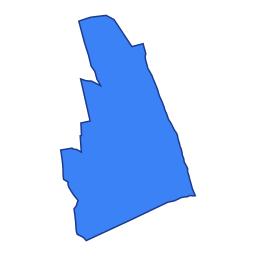 Bulaq Al-DakrUr, Al Jizah, Egypt
{"feature_id": "37247803B34210539192827", "entity_name": "Bulaq Al-DakrUr", "entity_type": "district", "adm_level": 2, "iso_a3": "EGY", "parent_name": "Egypt", "parent_adm1": "Al Jizah", "projection": "robinson", "projection_center": [31.19, 30.03], "detail": "fine", "context": "isolated", "style": "filled", "palette": "blue", "viewbox_px": 256, "rotation_deg": 0, "n_neighbors": 0, "source": "geoboundaries", "source_scale": "gbopen_adm2", "svg_char_len": 1801}
<svg xmlns="http://www.w3.org/2000/svg" viewBox="0 0 256 256"><path d="M143.1,43.7L136.5,45.4L131.9,46.6L123.0,33.2L121.6,31.0L114.0,19.6L106.2,15.4L101.6,15.9L99.9,16.1L93.4,16.9L91.8,17.1L90.0,17.4L86.4,18.6L84.6,19.2L82.5,19.9L78.8,21.2L84.4,42.3L85.2,44.8L86.0,47.4L86.6,49.3L87.2,51.1L88.6,55.4L89.7,60.1L91.2,66.2L94.9,71.5L95.5,73.7L96.1,76.0L96.9,79.1L98.1,81.1L100.6,85.7L91.5,81.1L86.2,80.8L80.6,78.9L90.1,121.0L80.9,123.0L81.5,135.5L80.2,135.8L81.3,152.2L76.8,149.5L73.3,149.1L72.1,148.1L69.9,148.5L66.4,149.1L60.7,150.0L61.5,155.2L62.3,160.8L62.5,162.6L63.0,168.2L63.1,173.5L63.2,176.4L63.6,179.4L66.5,181.1L67.9,181.9L68.1,184.9L69.0,187.6L71.1,191.0L72.6,193.4L74.0,195.4L75.0,196.6L76.2,198.0L76.6,198.6L78.0,200.4L76.3,205.8L74.0,208.9L75.0,215.7L75.1,217.1L75.7,222.5L75.9,225.6L76.0,227.6L76.2,230.3L76.7,232.7L77.3,234.4L80.3,235.8L82.3,236.8L83.9,237.9L86.2,240.6L115.2,227.1L128.2,221.1L167.8,202.2L174.5,200.8L176.6,199.8L178.7,198.8L180.5,197.9L182.0,197.4L184.5,196.9L187.1,196.8L190.2,195.5L192.8,195.9L195.3,195.7L194.2,193.1L192.4,188.8L191.0,183.7L189.6,178.9L188.9,175.7L187.6,171.9L187.6,168.5L186.8,166.7L185.9,165.2L185.2,163.7L184.4,162.5L184.0,160.8L183.8,159.0L183.2,157.2L182.3,155.0L182.1,152.9L181.5,150.3L181.2,148.9L180.0,146.3L179.5,143.6L178.8,141.4L178.3,140.0L177.9,138.2L177.5,135.9L177.1,134.3L176.1,132.5L175.2,131.3L174.3,129.8L173.1,127.6L171.8,124.8L170.8,122.9L168.9,120.0L168.2,118.6L167.1,115.2L166.5,113.4L165.4,111.3L164.6,109.0L164.0,106.8L163.0,104.2L162.2,102.2L161.6,100.6L160.9,99.1L159.7,96.7L158.8,94.0L158.2,91.9L157.6,89.7L156.6,87.2L155.4,84.1L154.1,81.1L153.0,78.5L151.9,75.5L150.3,72.6L147.7,68.1L147.3,66.0L145.7,60.4L145.1,56.9L145.8,53.7L144.3,48.3L143.1,43.8L143.1,43.7Z" fill="#3b82f6" stroke="#1e3a8a" stroke-width="1.5"/></svg>